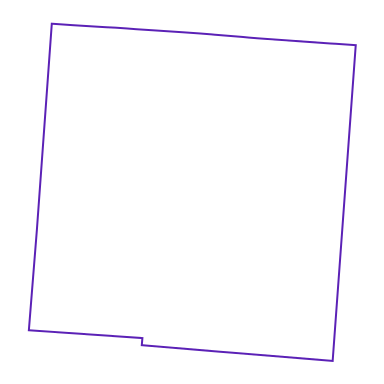 outline of Linn, Kansas, United States of America, rotated 274°
{"feature_id": "52423323B61475795206646", "entity_name": "Linn", "entity_type": "district", "adm_level": 2, "iso_a3": "USA", "parent_name": "United States of America", "parent_adm1": "Kansas", "projection": "orthographic", "projection_center": [-94.717, 38.214], "detail": "fine", "context": "isolated", "style": "outline", "palette": "violet", "viewbox_px": 384, "rotation_deg": 274, "n_neighbors": 0, "source": "geoboundaries", "source_scale": "gbopen_adm2", "svg_char_len": 546}
<svg xmlns="http://www.w3.org/2000/svg" viewBox="0 0 384 384"><g transform="rotate(274 192 192)"><path d="M42.7,38.9L42.8,152.7L35.7,152.6L34.6,231.0L34.5,243.2L33.3,344.1L349.9,345.1L349.9,325.2L349.8,320.1L349.8,318.9L349.9,247.4L350.0,238.0L350.2,231.7L350.4,212.1L350.5,203.3L350.6,200.5L350.7,188.6L350.7,187.2L350.7,180.5L350.7,171.2L350.6,142.9L350.5,126.0L350.5,124.7L350.6,115.1L350.6,104.4L350.5,99.8L350.4,96.1L350.3,86.2L350.1,61.4L350.1,56.9L350.1,40.4L143.0,39.9L42.7,38.9Z" fill="none" stroke="#5b21b6" stroke-width="2"/></g></svg>